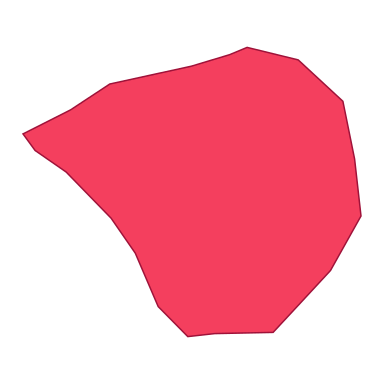 Mfoundi, Centre, Cameroon
{"feature_id": "32672807B36529963659187", "entity_name": "Mfoundi", "entity_type": "district", "adm_level": 2, "iso_a3": "CMR", "parent_name": "Cameroon", "parent_adm1": "Centre", "projection": "orthographic", "projection_center": [11.497, 3.804], "detail": "fine", "context": "isolated", "style": "filled", "palette": "rose", "viewbox_px": 384, "rotation_deg": 0, "n_neighbors": 0, "source": "geoboundaries", "source_scale": "gbopen_adm2", "svg_char_len": 385}
<svg xmlns="http://www.w3.org/2000/svg" viewBox="0 0 384 384"><path d="M23.0,133.9L35.1,150.5L66.1,172.0L111.1,218.2L135.3,253.2L158.2,306.6L187.8,336.6L214.7,333.6L273.1,332.4L301.8,301.5L330.5,270.5L361.0,216.0L354.6,159.0L342.9,101.3L298.2,59.9L247.1,47.4L229.5,54.7L191.3,66.2L158.8,73.3L109.8,84.0L70.5,109.9L23.0,133.9Z" fill="#f43f5e" stroke="#9f1239" stroke-width="1.5"/></svg>